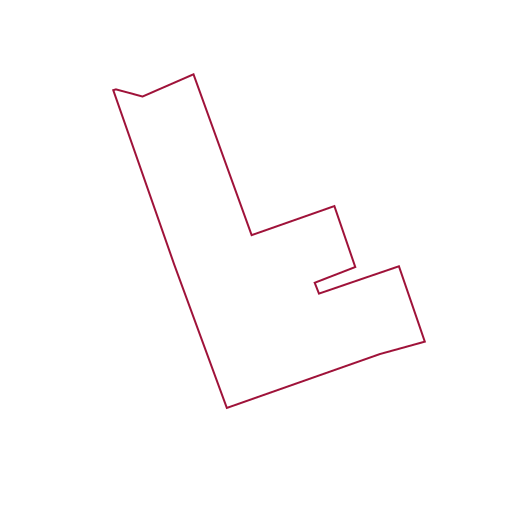 Ciuperceni, Teleorman, Romania (orthographic projection), rotated 108°
{"feature_id": "2599482B70697570158857", "entity_name": "Ciuperceni", "entity_type": "district", "adm_level": 2, "iso_a3": "ROU", "parent_name": "Romania", "parent_adm1": "Teleorman", "projection": "orthographic", "projection_center": [24.931, 43.803], "detail": "fine", "context": "isolated", "style": "outline", "palette": "rose", "viewbox_px": 512, "rotation_deg": 108, "n_neighbors": 0, "source": "geoboundaries", "source_scale": "gbopen_adm2", "svg_char_len": 368}
<svg xmlns="http://www.w3.org/2000/svg" viewBox="0 0 512 512"><g transform="rotate(108 256 256)"><path d="M289.2,331.3L409.5,236.8L310.9,107.8L285.3,69.0L270.9,79.8L221.6,116.9L242.8,145.2L272.3,184.5L263.3,191.9L235.8,158.2L184.3,196.9L237.5,266.6L102.5,371.6L139.4,413.2L140.8,440.7L142.4,443.0L289.2,331.3Z" fill="none" stroke="#9f1239" stroke-width="2"/></g></svg>